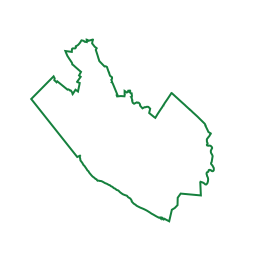 Sluis, Zeeland, Netherlands, rotated 227°
{"feature_id": "6326949B19414277691711", "entity_name": "Sluis", "entity_type": "district", "adm_level": 2, "iso_a3": "NLD", "parent_name": "Netherlands", "parent_adm1": "Zeeland", "projection": "robinson", "projection_center": [3.526, 51.325], "detail": "fine", "context": "isolated", "style": "outline", "palette": "green", "viewbox_px": 256, "rotation_deg": 227, "n_neighbors": 0, "source": "geoboundaries", "source_scale": "gbopen_adm2", "svg_char_len": 5211}
<svg xmlns="http://www.w3.org/2000/svg" viewBox="0 0 256 256"><g transform="rotate(227 128 128)"><path d="M215.2,77.0L141.4,71.1L140.3,74.8L140.3,73.3L138.1,72.1L136.7,71.1L133.7,70.8L131.3,70.2L129.9,70.3L128.0,70.0L126.5,69.8L124.7,69.4L123.3,69.6L121.9,69.2L120.3,69.1L118.4,69.0L116.6,69.0L114.7,69.4L112.9,69.5L112.0,70.0L111.1,69.8L110.2,69.8L109.8,70.4L109.2,70.9L108.4,71.3L107.9,71.9L107.1,72.4L106.1,72.8L104.8,73.2L103.4,73.6L101.6,74.5L99.6,75.1L98.5,75.7L97.2,75.8L95.5,76.5L93.8,76.6L92.2,77.3L90.6,77.4L88.9,78.3L86.2,78.4L85.2,78.6L83.2,79.0L81.2,79.9L79.2,81.0L77.2,80.9L74.8,81.6L72.4,81.2L71.7,80.6L70.6,80.6L68.9,80.6L67.9,80.8L66.7,81.2L65.7,81.2L64.9,81.4L61.6,82.6L60.3,83.2L58.8,83.9L57.1,84.6L54.9,85.4L53.1,85.9L51.2,86.4L49.3,86.8L47.6,87.4L43.6,88.6L42.4,89.1L42.1,89.1L41.2,89.5L40.8,90.4L39.7,90.2L39.7,91.1L38.3,90.8L38.5,91.9L36.7,91.8L36.7,92.8L35.0,93.3L31.7,94.5L38.3,104.3L37.6,107.6L37.8,111.6L43.1,116.8L44.1,121.8L29.0,135.3L39.3,144.1L39.7,144.0L40.0,143.9L38.9,144.5L37.9,145.1L36.9,145.6L36.5,145.7L35.3,146.0L34.6,146.0L34.3,146.0L34.1,146.1L33.7,146.3L33.4,146.6L33.3,147.0L33.4,147.6L33.5,148.3L33.6,148.6L33.7,148.8L34.3,149.8L34.4,150.0L35.7,151.5L36.6,152.2L36.8,152.3L37.6,152.7L38.3,152.9L38.7,153.0L39.6,153.5L40.1,153.8L40.5,153.9L40.9,154.2L41.0,154.3L41.4,154.7L41.4,154.8L41.5,155.0L41.7,155.6L41.5,156.0L41.4,156.3L41.3,156.6L41.3,156.8L41.5,157.1L41.5,157.5L42.0,158.0L42.1,158.3L42.1,158.5L42.0,158.8L41.6,159.3L41.2,159.5L40.9,159.7L40.5,159.8L40.2,159.9L39.7,159.8L39.3,160.0L39.1,160.1L38.9,160.2L38.6,160.6L38.5,160.8L38.5,161.1L38.5,161.4L38.6,161.7L38.7,162.0L39.4,162.7L39.7,163.0L40.1,163.3L40.4,163.5L40.7,163.6L41.1,163.7L41.4,163.7L41.9,163.8L42.2,164.0L43.3,164.2L43.8,164.2L44.3,164.2L44.6,164.2L45.0,164.3L45.6,164.7L45.8,165.0L46.0,165.6L46.1,166.0L48.4,169.0L49.3,170.2L49.7,170.7L50.3,171.0L51.1,171.3L52.5,171.6L53.2,171.8L53.6,172.0L54.0,172.3L54.6,172.8L54.8,173.0L55.0,173.3L55.1,173.6L55.5,174.5L55.6,175.0L55.7,175.3L55.8,175.6L56.0,175.9L56.5,176.2L56.9,176.3L57.3,176.3L57.7,176.3L58.2,176.3L58.7,176.2L59.2,175.9L59.5,175.6L59.8,175.3L60.0,174.9L60.6,174.4L61.2,174.0L61.5,174.0L61.9,174.2L62.1,174.6L62.2,175.0L62.2,175.4L62.2,175.5L62.3,175.6L62.6,175.8L63.0,176.0L63.7,176.2L63.9,176.2L64.1,176.4L64.7,176.8L65.2,177.3L65.8,177.8L66.0,178.1L66.2,178.9L66.3,179.7L66.5,180.5L66.5,180.9L66.5,181.0L66.5,181.4L66.9,182.9L67.1,183.2L67.2,183.4L67.2,183.7L67.4,183.9L67.5,184.2L67.4,184.4L67.5,184.5L67.6,184.8L70.3,184.1L72.3,184.8L75.6,185.8L75.8,185.9L77.1,186.2L77.2,186.3L77.1,186.5L78.6,187.0L79.3,187.0L86.0,186.7L88.9,186.6L94.0,186.2L94.9,186.1L97.2,186.0L99.6,185.8L99.6,185.7L100.0,185.7L103.8,185.4L105.0,185.3L105.7,185.3L110.1,184.9L113.7,184.6L113.8,184.6L116.4,184.4L118.5,184.2L119.9,184.1L123.6,183.8L123.9,183.6L123.8,183.2L123.7,183.2L123.8,183.2L122.2,176.5L121.2,171.9L120.9,170.8L120.8,170.7L120.6,169.6L120.4,169.4L120.5,169.3L119.6,165.9L119.6,165.6L118.1,159.5L116.8,154.9L118.1,154.6L124.5,153.7L124.6,153.8L127.0,157.4L129.5,157.3L129.7,157.2L130.7,156.2L131.3,154.9L131.9,154.3L132.5,152.0L136.1,152.1L136.8,152.7L137.5,153.0L138.1,153.1L138.8,153.1L139.0,153.1L139.4,153.0L139.7,152.6L139.8,152.3L140.7,152.0L141.6,149.0L143.2,148.7L145.2,149.6L145.3,150.1L148.4,151.5L148.5,151.5L148.2,152.1L149.4,153.3L150.5,153.8L150.6,154.1L150.8,154.3L151.7,153.7L152.4,153.8L152.8,153.7L153.0,153.9L153.0,154.3L153.7,154.9L153.8,155.0L154.0,155.0L155.1,153.6L154.4,152.3L154.8,151.3L156.6,151.0L157.4,150.8L155.8,149.3L155.1,148.6L154.8,148.6L153.6,147.0L156.2,144.6L158.5,141.6L159.5,142.0L159.0,142.7L171.2,147.3L171.4,147.3L171.5,147.3L172.2,147.5L172.4,147.4L172.4,147.6L172.7,147.9L174.6,148.7L174.6,148.8L174.9,149.9L176.0,150.9L178.5,150.5L181.0,151.6L181.4,151.8L181.6,152.1L182.2,152.1L182.3,152.1L186.5,154.0L186.8,154.2L187.0,154.2L188.3,153.8L188.6,153.5L189.0,152.8L194.3,152.7L194.6,152.7L194.9,152.6L195.4,152.7L196.6,152.7L198.6,153.7L198.9,153.8L201.5,155.1L205.1,156.8L207.1,157.7L207.7,159.5L208.5,159.4L209.3,159.2L210.3,159.1L213.8,159.4L214.4,159.5L216.0,161.6L216.2,162.1L216.3,162.4L216.4,162.5L216.5,162.6L216.8,162.4L219.0,158.0L219.9,158.5L220.8,158.0L219.0,156.4L220.7,155.1L221.1,155.1L221.9,155.0L222.0,155.0L223.5,154.0L223.7,153.9L223.7,153.7L223.8,153.5L223.7,153.2L223.1,151.1L222.8,148.7L222.8,148.1L223.0,146.8L223.3,145.8L223.4,145.6L223.2,145.3L222.6,145.0L222.4,144.8L222.4,144.7L222.3,144.4L222.3,144.1L222.3,143.6L224.0,141.7L224.0,141.1L223.9,140.9L223.8,140.7L222.0,138.8L227.0,134.7L225.3,134.0L222.2,132.9L221.7,132.8L217.8,132.1L217.6,132.1L214.1,131.5L213.5,131.3L213.0,131.0L212.7,130.7L212.4,130.6L211.6,130.8L211.2,130.9L208.6,131.1L202.6,131.7L202.3,131.7L202.2,131.8L201.1,131.9L199.8,128.0L197.7,128.3L196.5,122.3L196.2,122.2L196.1,122.3L193.9,123.4L193.1,122.4L188.8,116.3L191.8,115.7L190.5,110.6L190.9,110.7L191.0,110.8L191.4,111.1L191.6,111.2L191.8,111.3L192.1,111.4L193.5,111.6L194.1,111.7L194.4,111.7L194.6,111.7L194.9,111.2L195.0,111.1L195.3,111.1L195.6,111.1L196.0,111.1L197.1,110.6L197.3,109.9L210.4,108.1L210.2,106.9L210.9,106.9L213.2,106.7L214.3,108.2L216.5,108.8L216.2,100.9L215.2,77.0Z" fill="none" stroke="#15803d" stroke-width="2"/></g></svg>